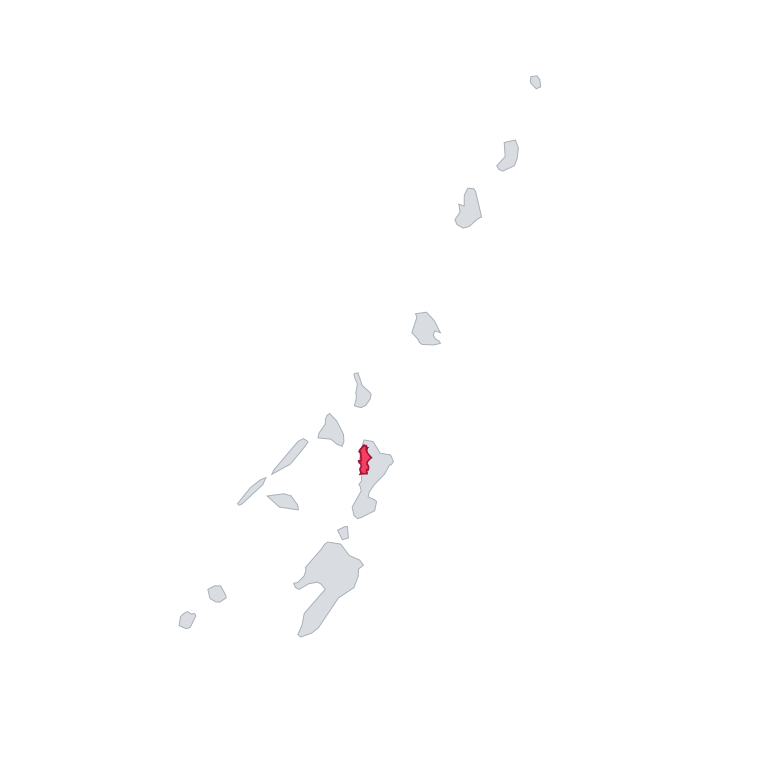 location of South East Malekula, Malampa, Vanuatu, rotated 232°
{"feature_id": "77236927B5490091431503", "entity_name": "South East Malekula", "entity_type": "district", "adm_level": 2, "iso_a3": "VUT", "parent_name": "Vanuatu", "parent_adm1": "Malampa", "projection": "albers", "projection_center": [167.679, -16.314], "detail": "fine", "context": "in_parent", "style": "filled", "palette": "rose", "viewbox_px": 768, "rotation_deg": 232, "n_neighbors": 0, "source": "geoboundaries", "source_scale": "gbopen_adm2", "svg_char_len": 6114}
<svg xmlns="http://www.w3.org/2000/svg" viewBox="0 0 768 768"><g transform="rotate(232 384 384)"><path d="M252.3,179.9L258.4,211.3L265.3,211.2L268.8,209.5L272.8,202.1L274.5,190.6L278.1,188.9L282.6,190.1L280.7,193.8L282.0,203.1L285.5,208.1L287.8,209.1L292.5,233.2L294.2,238.2L294.1,242.3L284.5,251.3L270.1,251.1L260.0,256.5L253.8,256.2L253.9,250.1L248.4,245.3L242.1,234.9L243.5,216.5L232.3,182.2L232.2,173.7L235.9,162.5L239.6,161.9L244.7,171.3L252.3,179.9ZM313.7,300.1L317.9,302.2L320.2,302.2L321.5,306.8L334.6,316.0L338.2,315.7L341.2,320.8L346.8,323.3L348.3,328.5L352.3,333.7L345.3,340.0L331.8,338.3L324.1,345.5L317.1,343.7L315.9,339.9L316.8,338.7L312.7,329.0L310.7,314.4L307.9,305.7L304.8,302.0L298.5,305.3L296.0,305.8L289.9,298.7L292.7,284.3L294.2,280.2L299.1,279.4L306.6,283.1L313.7,300.1ZM486.7,570.5L482.5,575.0L478.9,574.5L455.5,563.7L456.5,559.4L455.6,548.2L458.2,542.2L464.7,539.7L469.8,541.0L472.8,550.0L479.7,553.7L474.8,556.7L483.3,563.5L486.7,570.5ZM407.3,437.5L416.3,451.0L419.9,452.1L414.4,461.7L403.1,462.6L389.7,460.0L394.6,456.7L392.1,452.9L388.1,452.2L383.4,454.0L381.3,453.3L384.3,447.1L391.7,438.4L393.9,437.7L395.9,437.6L397.9,438.4L407.3,437.5ZM394.2,323.0L383.8,324.0L369.2,321.0L363.3,316.9L360.7,312.7L365.8,309.7L373.1,308.3L382.2,298.8L385.3,302.4L388.6,313.0L392.3,316.2L394.3,319.4L394.2,323.0ZM500.3,627.4L495.4,637.7L487.3,635.2L479.7,627.7L475.8,621.2L478.6,608.7L482.5,606.6L486.6,607.3L488.6,619.5L500.3,627.4ZM386.7,288.3L385.1,288.4L383.6,284.0L378.5,260.8L381.9,240.0L384.1,244.4L391.7,280.9L390.6,286.8L386.7,288.3ZM407.7,365.0L410.4,366.5L408.9,370.4L396.4,365.9L386.4,367.6L383.6,367.4L380.6,363.7L378.4,356.5L379.4,351.5L383.7,348.0L385.3,347.4L388.4,351.8L391.3,354.7L394.0,356.0L400.4,363.1L407.7,365.0ZM359.2,237.5L353.1,241.9L341.7,241.4L337.5,239.0L351.4,225.8L367.6,223.0L359.2,237.5ZM329.3,126.1L325.5,130.9L315.1,129.3L312.6,128.0L313.3,120.1L315.9,117.3L322.1,114.8L330.6,118.8L329.3,126.1ZM320.4,92.6L319.1,93.5L317.0,92.8L311.5,81.3L312.9,77.5L319.7,73.8L325.8,80.2L326.4,83.7L326.3,86.7L325.4,89.3L321.3,90.4L320.4,92.6ZM384.6,227.4L383.0,233.3L379.3,226.5L376.9,197.8L377.9,195.1L379.9,194.9L384.5,214.9L384.6,227.4ZM535.8,689.0L532.7,694.2L527.8,694.1L521.7,690.3L522.9,685.7L529.9,685.0L532.0,685.3L535.8,689.0ZM295.9,264.9L294.3,267.4L284.6,261.2L286.8,255.3L297.3,257.4L295.9,264.9Z" fill="#d9dde1" stroke="#a8b0b8" stroke-width="1"/><path d="M323.7,315.2L323.8,315.4L323.8,315.5L324.2,315.8L324.4,316.0L324.6,316.2L324.8,316.2L325.1,316.2L325.3,316.3L325.3,316.2L325.5,316.4L325.8,316.4L325.9,316.5L326.1,316.7L326.3,317.1L326.5,317.2L326.7,317.4L326.9,317.5L326.9,317.4L327.0,317.4L327.1,317.5L326.9,317.9L326.9,318.0L326.7,318.1L326.4,318.2L326.3,318.3L326.0,318.3L325.9,318.5L326.0,318.7L326.1,318.8L326.3,318.8L326.4,319.0L326.6,319.2L326.6,319.3L326.8,319.6L327.0,319.7L327.3,320.0L327.4,320.3L327.5,320.4L327.8,320.4L327.8,320.5L328.0,320.7L328.2,320.8L328.3,320.8L328.5,320.9L328.5,321.0L328.8,321.2L329.1,321.1L329.4,321.1L329.5,321.2L329.8,321.2L329.8,321.3L330.2,321.4L330.3,321.4L330.5,321.4L330.9,321.3L331.0,321.2L331.5,321.2L331.6,321.4L331.5,321.6L331.9,321.7L332.0,321.7L332.3,321.9L332.3,322.3L332.4,322.5L332.5,322.7L332.8,322.8L333.0,323.3L333.0,323.6L333.1,323.9L333.4,324.1L333.5,324.4L333.4,324.5L333.4,325.3L333.5,325.7L333.6,326.7L333.7,327.3L333.8,327.8L333.7,328.0L333.6,328.4L333.6,328.6L333.6,328.8L335.0,328.6L335.9,328.6L336.6,328.6L337.6,328.5L339.2,328.5L339.7,328.6L340.2,328.6L340.5,328.7L340.9,328.7L340.9,328.8L341.0,328.9L341.0,329.0L341.3,329.2L341.5,329.2L342.0,329.3L342.3,329.2L342.4,329.3L342.5,329.5L342.8,329.6L343.0,329.3L343.3,329.5L343.5,329.7L343.4,329.7L343.4,329.8L343.3,330.0L343.1,330.1L343.0,330.4L343.1,330.5L343.3,330.7L343.3,330.8L343.6,331.0L343.8,331.1L344.0,331.4L343.9,331.5L344.0,331.6L344.0,331.8L344.1,331.7L344.3,331.8L344.5,331.7L344.8,331.4L345.0,331.3L345.1,331.1L345.3,331.1L345.5,331.4L345.4,331.5L345.7,331.8L345.8,331.9L346.1,331.8L346.2,332.0L346.4,331.9L346.5,331.9L346.7,331.7L346.8,331.4L347.0,331.4L347.3,331.2L347.2,331.0L347.5,330.8L347.8,330.7L348.0,330.7L348.0,330.8L348.2,330.7L348.3,330.6L348.3,330.4L348.2,330.4L348.0,330.2L347.8,330.1L347.7,330.2L347.4,330.0L347.4,329.7L347.4,329.4L347.5,329.1L347.9,328.8L348.0,328.8L348.0,328.7L348.0,328.4L347.8,328.2L347.7,328.1L347.4,327.7L347.3,327.4L347.3,327.1L347.3,326.9L347.2,326.6L347.2,326.4L346.8,326.2L347.0,325.9L346.9,325.4L347.0,325.4L346.9,325.2L347.0,325.1L346.9,325.0L346.8,324.9L346.7,324.4L346.8,324.3L346.8,324.2L346.7,324.2L346.6,323.9L346.4,323.5L346.0,323.0L345.9,322.6L345.7,322.6L345.4,322.7L345.3,322.8L345.3,323.4L345.3,323.5L345.2,323.6L344.9,323.6L344.7,323.7L344.3,323.4L344.0,323.4L343.9,323.3L343.8,323.1L343.6,322.9L343.4,322.6L343.2,322.4L342.9,322.3L342.6,322.2L342.4,322.1L342.2,322.1L341.8,322.1L341.5,321.9L341.4,321.8L341.4,321.7L341.5,321.5L341.5,321.4L341.4,321.4L341.3,321.1L340.7,320.4L340.4,320.5L340.2,320.5L339.9,320.6L339.6,320.5L339.4,320.5L339.3,320.4L339.3,320.2L339.1,319.8L339.1,319.6L338.9,319.4L338.6,319.2L338.4,319.1L338.2,319.1L337.8,319.1L337.6,318.6L337.4,318.4L337.5,318.1L337.8,317.9L337.9,318.0L338.0,317.9L338.2,317.7L338.3,317.7L338.5,317.5L338.6,317.3L338.8,317.0L339.0,316.8L339.1,316.6L338.9,316.5L338.2,316.2L337.4,316.2L337.2,316.2L336.9,316.2L336.7,316.2L336.7,316.3L336.8,316.3L336.6,316.5L336.3,316.8L336.2,316.8L336.1,316.7L335.9,316.7L335.8,316.8L335.6,316.8L335.4,316.7L335.2,316.6L335.0,316.4L334.9,316.3L334.3,316.1L333.9,315.9L333.0,315.3L332.8,315.0L332.6,314.7L332.4,314.4L332.5,313.9L332.4,313.8L332.3,313.6L332.3,313.3L332.2,313.1L331.9,312.7L331.7,312.6L331.4,312.6L331.2,312.6L331.2,312.4L330.9,312.1L330.7,311.9L330.4,311.7L330.2,311.7L329.8,311.8L329.6,311.8L329.3,311.6L329.2,311.6L328.7,311.7L328.4,311.6L328.2,311.4L328.1,311.1L328.2,310.8L328.2,310.6L327.9,310.4L327.8,310.2L327.6,309.7L327.3,310.4L327.3,310.7L327.1,311.0L327.0,311.4L327.1,311.5L326.9,311.9L326.2,311.9L326.0,312.2L325.9,312.5L325.4,313.0L325.2,313.5L325.0,313.8L324.7,314.3L324.4,314.6L324.2,314.9L323.7,315.2Z" fill="#f43f5e" stroke="#9f1239" stroke-width="1.5"/></g></svg>